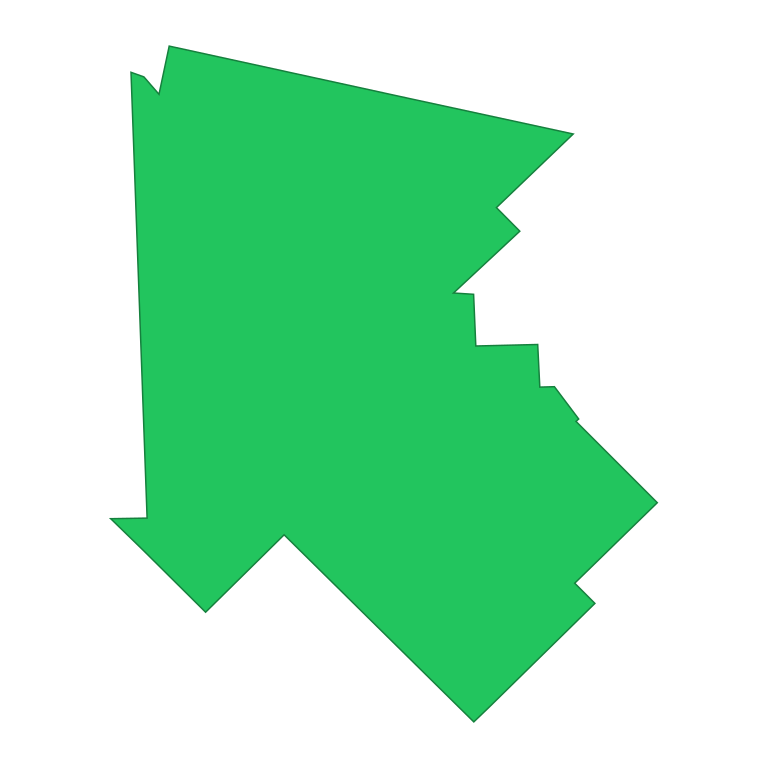 outline of Florentino Ameghino, Buenos Aires, Argentina
{"feature_id": "61730980B69896756381715", "entity_name": "Florentino Ameghino", "entity_type": "district", "adm_level": 2, "iso_a3": "ARG", "parent_name": "Argentina", "parent_adm1": "Buenos Aires", "projection": "robinson", "projection_center": [-62.372, -34.887], "detail": "fine", "context": "isolated", "style": "filled", "palette": "green", "viewbox_px": 768, "rotation_deg": 0, "n_neighbors": 0, "source": "geoboundaries", "source_scale": "gbopen_adm2", "svg_char_len": 474}
<svg xmlns="http://www.w3.org/2000/svg" viewBox="0 0 768 768"><path d="M410.2,98.7L169.2,46.1L159.0,94.3L143.9,76.9L131.0,72.3L142.4,387.1L142.4,387.7L147.1,518.1L110.7,518.7L142.7,549.8L205.6,612.2L284.1,534.8L473.8,721.9L488.8,707.5L594.9,603.4L574.7,583.2L657.3,502.7L576.0,421.4L578.7,419.0L554.4,386.7L539.8,387.1L537.7,344.5L475.8,346.0L473.6,294.3L453.5,293.0L519.8,231.2L496.4,207.6L573.2,134.0L410.2,98.7Z" fill="#22c55e" stroke="#15803d" stroke-width="1.5"/></svg>